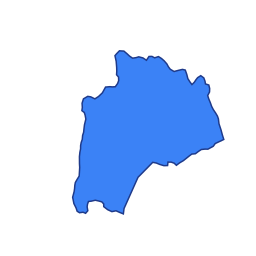 Casserengue, Paraíba, Brazil (orthographic projection), rotated 53°
{"feature_id": "56859067B62762584744623", "entity_name": "Casserengue", "entity_type": "district", "adm_level": 2, "iso_a3": "BRA", "parent_name": "Brazil", "parent_adm1": "Paraíba", "projection": "orthographic", "projection_center": [-35.847, -6.765], "detail": "fine", "context": "isolated", "style": "filled", "palette": "blue", "viewbox_px": 256, "rotation_deg": 53, "n_neighbors": 0, "source": "geoboundaries", "source_scale": "gbopen_adm2", "svg_char_len": 1749}
<svg xmlns="http://www.w3.org/2000/svg" viewBox="0 0 256 256"><g transform="rotate(53 128 128)"><path d="M166.5,217.7L168.2,214.6L170.6,213.2L169.9,209.9L166.4,208.1L164.5,206.2L162.9,203.8L164.4,201.2L166.0,197.6L168.7,195.3L171.2,193.4L174.0,193.1L176.2,194.7L181.0,193.4L185.1,191.2L186.9,187.4L190.3,185.5L193.8,183.4L189.9,179.6L173.4,149.7L170.3,128.9L173.1,126.4L176.0,124.7L179.7,122.0L181.8,119.0L179.3,116.6L181.3,114.0L183.9,112.3L186.9,111.8L186.9,107.8L187.4,103.4L187.2,96.1L187.2,92.8L189.1,89.7L189.1,86.0L189.3,82.4L191.2,79.2L193.0,76.9L193.9,70.9L192.9,67.7L194.8,58.4L190.3,56.8L185.6,54.9L179.4,52.8L175.1,50.3L172.3,49.4L168.7,49.0L164.7,48.8L161.1,48.2L157.3,47.0L153.4,46.0L150.0,44.8L148.3,41.2L145.6,39.0L142.3,37.6L139.4,39.6L136.9,38.3L133.6,37.3L130.0,38.4L129.7,42.1L130.4,44.8L131.4,47.6L131.8,50.8L128.4,50.8L124.6,50.5L120.6,48.8L116.2,47.4L114.0,49.2L112.4,52.8L110.6,57.2L106.5,58.9L103.4,58.9L100.2,58.4L96.1,58.7L92.7,59.4L89.3,60.7L88.0,64.5L85.2,65.8L83.5,68.2L85.0,72.5L81.0,73.9L77.6,76.6L76.7,79.1L75.0,82.3L71.5,83.5L68.1,84.1L64.1,85.0L61.2,88.4L61.8,92.3L62.4,94.9L67.6,97.3L72.8,100.6L75.9,102.8L78.6,105.1L81.6,104.9L84.5,106.9L86.2,109.5L87.4,113.3L85.8,115.7L84.1,117.6L81.8,121.3L84.5,127.3L85.1,132.6L84.8,136.9L80.7,139.0L78.5,141.1L77.9,146.0L80.6,149.8L84.1,152.1L86.4,154.4L89.3,153.6L91.9,154.5L95.5,156.3L99.3,160.9L101.9,163.4L104.7,166.0L106.6,168.7L109.6,171.4L111.4,174.1L113.6,176.5L116.1,178.4L118.4,181.0L121.6,184.0L123.9,185.7L127.4,188.3L130.4,190.3L133.0,192.5L137.0,195.9L138.4,199.5L139.8,202.8L141.7,204.9L144.3,207.2L146.3,209.2L148.2,211.6L150.0,213.9L152.5,215.1L155.8,216.7L160.6,217.6L163.9,218.7L166.5,217.7Z" fill="#3b82f6" stroke="#1e3a8a" stroke-width="1.5"/></g></svg>